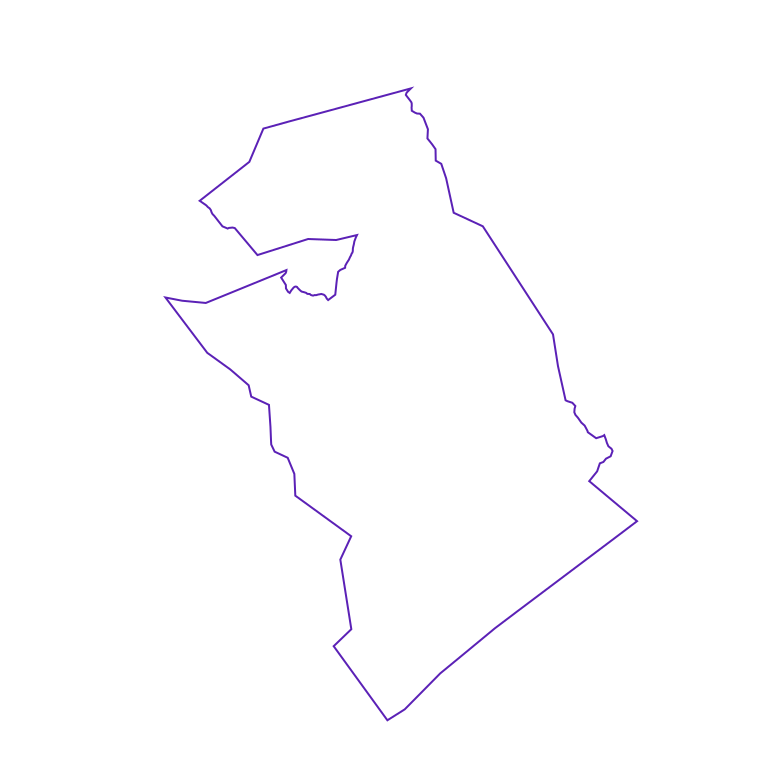 San Vicente Lachixío, Oaxaca, Mexico (Mercator projection), rotated 145°
{"feature_id": "50627088B80228149983097", "entity_name": "San Vicente Lachixío", "entity_type": "district", "adm_level": 2, "iso_a3": "MEX", "parent_name": "Mexico", "parent_adm1": "Oaxaca", "projection": "mercator", "projection_center": [-97.044, 16.647], "detail": "fine", "context": "isolated", "style": "outline", "palette": "violet", "viewbox_px": 768, "rotation_deg": 145, "n_neighbors": 0, "source": "geoboundaries", "source_scale": "gbopen_adm2", "svg_char_len": 2182}
<svg xmlns="http://www.w3.org/2000/svg" viewBox="0 0 768 768"><g transform="rotate(145 384 384)"><path d="M513.4,580.2L512.7,560.0L510.9,510.9L501.6,484.2L495.6,460.6L500.0,449.8L490.2,432.9L501.6,414.0L509.1,402.3L511.1,399.1L512.4,391.3L505.2,378.8L509.0,361.8L520.7,343.4L498.2,278.1L520.5,265.2L551.4,201.9L575.6,198.1L574.1,106.6L553.6,105.6L503.9,114.7L475.6,116.9L434.3,120.2L432.9,120.3L405.6,121.3L279.0,125.6L255.4,126.5L265.9,165.5L271.6,186.7L259.5,190.2L252.7,195.2L249.0,194.3L245.0,195.5L239.8,194.8L235.2,198.0L234.8,200.4L235.9,204.3L235.2,207.9L234.0,211.5L232.9,215.8L234.6,215.8L241.3,217.9L244.7,227.6L244.2,229.0L243.5,234.8L244.5,239.2L244.5,245.1L244.9,248.9L244.3,251.7L242.0,254.5L239.9,256.2L240.5,260.6L243.6,264.7L244.6,266.5L231.2,298.9L217.1,327.7L212.6,456.5L228.7,484.3L215.1,516.9L210.8,531.5L213.5,537.3L207.1,546.8L207.1,552.4L207.3,556.0L207.6,560.2L201.9,567.5L198.9,579.5L199.5,584.8L201.8,586.6L203.0,588.5L204.5,591.9L202.8,594.7L201.9,595.7L200.4,597.9L200.0,599.0L200.0,600.8L200.1,603.5L200.3,607.5L200.3,608.3L198.3,609.7L192.4,610.7L279.1,641.9L310.9,653.4L336.3,662.4L366.9,643.2L429.9,639.8L427.1,632.2L426.8,629.9L426.1,627.9L426.1,625.8L426.8,623.4L427.0,621.5L426.6,619.1L426.3,613.1L425.9,605.8L422.9,601.0L421.5,600.8L418.3,599.0L416.8,597.3L413.7,562.2L363.0,546.3L340.6,529.4L320.7,521.5L323.0,520.2L324.9,518.9L326.5,517.8L328.5,515.8L330.9,513.7L331.8,512.8L333.4,510.7L334.6,509.7L335.5,509.5L337.4,508.2L339.1,507.4L341.4,506.0L343.4,505.2L345.3,504.4L346.5,503.8L347.9,503.1L349.2,501.5L354.4,502.5L357.2,502.2L362.3,497.0L364.9,494.1L372.7,485.1L381.6,484.8L381.9,486.8L381.6,488.8L381.7,490.5L382.1,491.7L383.3,493.2L383.7,493.7L385.5,494.5L386.5,495.0L388.6,495.7L389.8,496.6L391.4,497.1L392.3,498.1L392.9,499.0L393.2,500.3L395.1,501.8L395.5,503.3L396.7,504.9L398.5,507.0L398.9,508.4L399.2,509.8L399.4,511.1L399.6,512.2L399.6,513.4L400.3,514.4L401.5,514.9L402.9,514.8L404.3,514.4L406.2,513.9L409.0,512.7L409.7,514.5L409.6,516.3L409.5,518.5L407.6,521.4L407.5,523.9L407.2,530.2L401.1,531.2L399.8,532.0L398.6,533.3L458.5,546.9L483.5,552.6L501.6,568.0L513.4,580.2Z" fill="none" stroke="#5b21b6" stroke-width="2"/></g></svg>